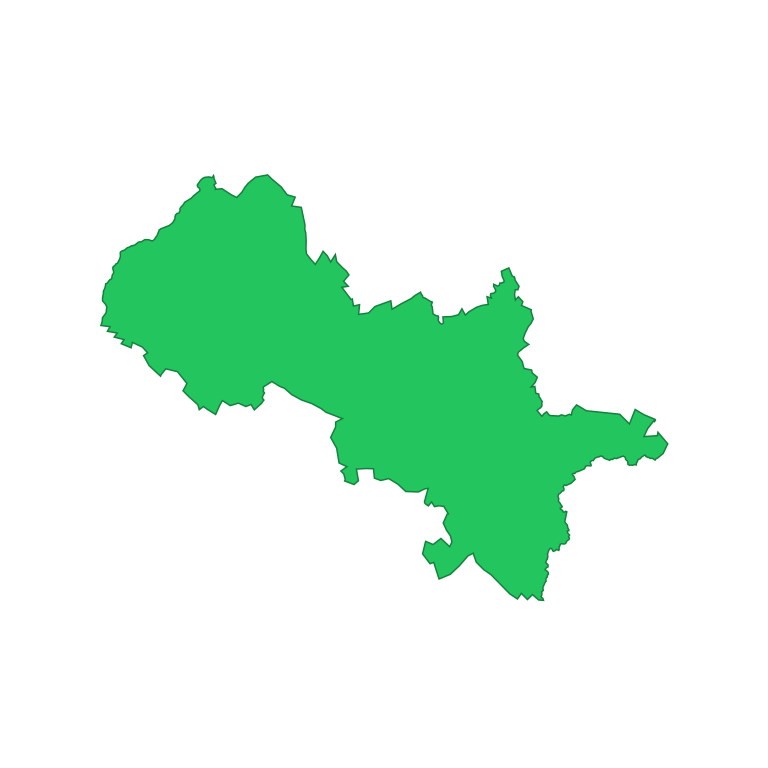 Capricorn, Limpopo, South Africa (Natural Earth projection), rotated 334°
{"feature_id": "47623444B39961875100415", "entity_name": "Capricorn", "entity_type": "district", "adm_level": 2, "iso_a3": "ZAF", "parent_name": "South Africa", "parent_adm1": "Limpopo", "projection": "natural_earth1", "projection_center": [29.178, -23.544], "detail": "fine", "context": "isolated", "style": "filled", "palette": "green", "viewbox_px": 768, "rotation_deg": 334, "n_neighbors": 0, "source": "geoboundaries", "source_scale": "gbopen_adm2", "svg_char_len": 6171}
<svg xmlns="http://www.w3.org/2000/svg" viewBox="0 0 768 768"><g transform="rotate(334 384 384)"><path d="M322.1,121.9L320.8,123.0L319.8,123.0L317.2,121.0L313.1,119.6L311.1,119.7L308.5,120.5L303.7,123.1L303.2,123.8L303.0,125.2L304.0,127.4L303.4,129.5L295.2,131.4L292.3,132.5L284.6,133.3L281.4,135.2L278.5,136.2L277.2,137.3L277.0,138.6L274.5,140.4L272.5,140.0L270.8,140.7L269.7,141.7L268.5,143.9L265.1,146.3L260.3,147.4L251.8,146.7L249.5,147.0L245.0,151.2L243.2,152.0L241.3,153.3L239.4,153.8L238.2,153.7L235.8,151.2L232.4,149.4L228.0,149.8L226.4,149.0L225.0,148.9L221.0,149.9L217.6,149.1L214.9,149.3L212.9,149.0L209.5,149.9L206.9,149.6L205.1,149.8L204.4,150.5L203.1,153.6L201.3,155.7L197.4,158.6L195.9,158.5L194.3,159.4L191.6,160.1L190.8,161.5L190.3,164.2L189.5,165.8L187.5,167.0L185.3,170.0L183.3,170.1L181.2,171.0L179.8,172.0L177.9,171.9L175.5,175.1L172.4,177.7L171.6,179.4L168.7,183.3L167.5,185.9L168.6,190.2L168.7,192.1L168.4,194.0L167.2,195.2L166.1,197.3L164.9,198.5L160.1,200.9L157.8,204.7L155.2,207.3L162.9,212.4L158.5,215.4L166.6,221.3L162.1,223.6L169.8,230.1L165.5,232.6L172.6,240.6L176.1,236.3L183.0,244.9L185.2,252.3L180.3,253.1L181.0,264.7L186.6,279.0L187.8,277.9L194.5,274.7L203.8,282.4L207.1,297.2L200.4,302.0L202.7,308.9L207.6,321.1L206.7,326.1L211.9,325.1L213.9,329.0L219.3,337.6L226.9,331.2L231.5,328.1L236.3,336.0L244.8,337.4L250.0,343.7L255.5,344.1L256.1,350.4L265.1,347.8L269.0,345.8L268.6,344.2L268.7,342.8L271.0,340.6L272.5,339.9L272.7,339.2L272.2,337.9L273.5,336.1L274.1,333.8L284.3,332.6L289.3,340.5L292.7,344.2L296.4,353.1L302.9,362.2L310.6,370.0L316.7,378.5L319.5,384.0L331.5,396.9L323.9,397.0L321.6,401.5L312.6,408.7L313.3,420.9L309.0,435.3L314.4,442.0L307.1,443.3L308.4,447.3L307.3,452.9L306.1,453.9L313.0,461.2L318.6,459.8L321.9,448.4L330.8,452.1L337.4,455.6L334.1,464.4L338.8,469.3L346.8,471.1L352.6,480.2L356.5,490.2L367.6,496.1L374.8,496.1L377.9,497.2L368.7,507.6L368.5,509.5L370.4,513.0L375.1,510.9L375.6,516.3L380.1,517.6L384.1,520.2L384.9,528.9L383.8,528.6L376.3,534.9L376.1,542.7L377.1,549.6L375.8,555.8L371.7,559.0L367.5,547.8L357.8,549.8L352.4,543.7L344.2,553.6L346.6,565.7L350.5,566.2L348.0,583.4L360.3,584.1L372.1,580.4L384.1,575.3L390.0,575.2L388.8,584.4L392.3,594.7L396.6,602.3L405.1,627.9L409.7,635.7L415.7,632.4L418.4,640.6L425.1,638.3L428.3,645.9L432.5,648.4L432.8,646.4L431.9,644.4L432.1,643.8L433.6,642.5L434.3,641.0L434.4,640.0L436.6,639.4L437.6,636.5L442.0,632.8L443.2,632.4L443.6,631.0L444.9,629.3L446.2,629.0L447.2,627.4L448.5,627.0L449.0,625.1L448.3,623.1L447.4,621.9L447.6,621.3L449.9,620.1L451.0,620.4L451.4,620.0L452.2,618.3L451.0,615.4L452.8,613.6L454.0,613.1L454.8,611.7L455.5,611.3L456.2,609.0L458.0,606.8L460.2,605.1L461.2,604.7L461.9,604.8L462.6,606.2L462.6,608.2L463.0,608.7L465.4,608.8L466.5,608.3L468.1,610.2L468.9,609.5L469.9,607.3L471.3,606.4L472.1,605.3L473.7,605.4L475.1,606.5L476.5,607.0L477.7,606.7L479.8,605.2L481.9,604.9L482.7,604.4L483.0,603.9L482.9,602.3L484.6,601.1L484.1,599.9L483.8,597.8L484.4,596.5L485.8,596.9L486.3,596.0L486.1,594.2L486.9,591.0L486.2,588.4L486.2,586.9L492.3,579.0L491.6,578.1L489.6,578.2L489.1,577.8L489.0,575.9L487.7,573.5L487.9,573.0L489.9,572.7L490.5,572.2L490.0,569.7L490.1,568.6L489.5,566.5L489.8,565.0L490.8,563.9L491.0,561.4L492.4,559.7L494.8,559.3L496.9,558.4L498.8,558.6L499.9,556.9L500.0,554.9L501.9,553.7L503.0,555.0L508.5,555.2L513.9,553.6L514.2,550.1L513.6,548.2L514.0,547.4L515.2,547.4L516.1,548.1L518.4,547.3L520.2,547.8L526.6,548.1L527.5,547.8L528.6,546.6L529.7,546.3L531.2,546.7L534.0,548.3L534.6,547.9L535.0,545.1L535.6,544.3L537.4,543.9L538.4,544.6L541.2,543.1L543.9,543.2L545.3,543.8L547.0,543.6L548.7,544.9L549.0,546.4L549.8,547.8L553.4,551.5L554.9,551.1L556.3,552.0L558.4,551.6L560.1,552.9L567.4,553.6L568.7,555.6L568.1,557.7L568.9,559.6L569.0,560.8L568.0,563.1L568.9,564.6L569.8,564.8L572.0,566.1L573.7,566.2L575.3,567.3L575.9,566.2L579.4,563.3L581.4,563.5L583.9,562.5L587.2,562.2L587.8,563.0L587.6,564.0L589.0,565.7L589.9,566.1L590.6,567.5L592.7,568.5L594.3,571.2L595.0,570.6L597.8,570.4L604.5,568.8L612.8,562.1L609.1,547.5L607.0,550.3L594.6,545.2L601.5,539.6L610.0,535.5L610.6,536.4L612.0,535.6L611.5,534.7L612.0,534.5L603.9,525.2L598.6,517.0L587.1,527.5L582.6,514.5L554.2,496.8L547.9,487.2L542.1,489.9L538.7,494.0L537.4,492.5L532.9,492.2L530.0,489.5L527.0,489.4L519.3,485.1L518.7,483.8L518.0,480.3L514.7,480.9L511.8,482.2L509.9,475.0L513.1,474.0L514.2,474.1L516.1,473.1L517.0,471.7L517.1,470.9L518.5,469.1L518.1,467.0L518.3,466.1L517.8,463.5L518.7,460.8L516.4,458.9L518.5,452.3L514.9,451.2L520.5,448.9L524.8,445.1L522.1,439.1L522.8,436.1L516.8,431.6L517.1,428.8L518.1,424.6L516.7,416.6L518.7,414.3L525.7,412.6L531.5,411.9L528.8,407.1L529.1,404.1L533.3,400.0L539.2,395.5L542.4,394.2L546.7,390.9L548.0,383.2L548.9,381.8L542.0,373.7L544.9,370.9L543.0,364.5L538.9,366.1L540.6,360.7L543.3,356.8L545.6,358.0L548.2,355.4L547.4,348.3L548.2,345.0L546.6,343.2L547.1,334.4L538.9,334.1L537.4,339.1L537.3,343.8L536.2,345.1L534.6,344.6L534.2,345.0L532.4,344.0L531.0,345.8L529.0,345.8L526.3,342.4L525.4,344.2L525.5,348.4L524.9,349.8L522.4,350.5L519.8,349.6L519.3,349.8L518.5,351.1L518.1,353.8L514.9,350.7L512.6,358.2L507.3,356.5L501.0,355.6L492.1,356.3L487.3,357.7L487.0,350.6L481.3,354.4L474.6,353.1L466.4,349.5L464.1,355.3L462.3,355.6L461.7,355.2L461.1,354.2L460.6,351.3L460.9,350.0L462.3,348.0L462.5,346.6L460.8,345.4L458.8,342.5L461.2,335.8L461.1,333.9L463.3,331.6L463.1,331.0L462.2,330.5L458.4,324.6L457.0,323.4L457.3,321.2L456.9,319.4L457.1,317.5L450.8,318.0L445.5,319.2L435.3,319.4L424.0,320.3L426.6,312.2L409.9,310.4L401.3,313.4L391.7,310.3L396.8,302.0L390.7,300.5L392.8,293.7L391.4,293.6L388.5,278.6L394.7,280.5L392.7,274.0L400.3,270.6L399.6,265.9L397.8,261.7L395.1,253.4L397.0,246.3L389.6,251.0L389.2,243.7L387.4,238.0L381.8,242.0L374.7,246.4L372.8,239.8L371.4,233.0L373.0,228.5L376.7,221.4L379.9,213.9L380.6,210.3L382.7,206.4L387.1,189.0L379.0,183.5L386.1,177.1L379.9,171.5L378.0,161.8L373.1,150.8L371.1,145.1L359.3,141.8L350.1,144.0L345.4,146.1L340.4,149.3L333.4,151.8L329.7,147.0L324.0,137.4L317.8,135.2L318.6,134.3L318.3,131.7L318.6,130.4L320.9,130.0L321.3,124.6L322.1,122.8L322.1,121.9Z" fill="#22c55e" stroke="#15803d" stroke-width="1.5"/></g></svg>